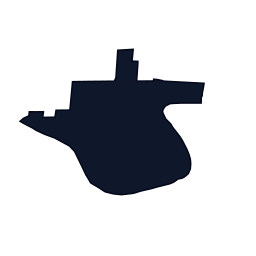 Grindu, Tulcea, Romania, rotated 148°
{"feature_id": "2599482B48217588549451", "entity_name": "Grindu", "entity_type": "district", "adm_level": 2, "iso_a3": "ROU", "parent_name": "Romania", "parent_adm1": "Tulcea", "projection": "robinson", "projection_center": [28.213, 45.412], "detail": "fine", "context": "isolated", "style": "filled", "palette": "ink", "viewbox_px": 256, "rotation_deg": 148, "n_neighbors": 0, "source": "geoboundaries", "source_scale": "gbopen_adm2", "svg_char_len": 2111}
<svg xmlns="http://www.w3.org/2000/svg" viewBox="0 0 256 256"><g transform="rotate(148 128 128)"><path d="M109.3,56.9L106.4,56.6L106.0,56.6L101.1,57.3L96.8,60.3L94.9,62.9L94.1,63.9L92.8,66.2L91.6,68.7L90.3,73.3L89.4,78.3L88.9,84.1L88.6,87.6L88.5,90.3L88.6,94.0L89.7,104.5L89.7,105.7L89.6,108.8L89.7,109.2L90.1,110.8L90.1,111.0L90.3,111.8L90.4,112.2L90.9,114.3L91.2,115.8L90.6,120.8L90.6,121.3L90.5,121.8L89.9,123.8L88.0,125.4L84.7,126.8L83.4,126.7L80.4,126.4L79.7,126.4L79.3,126.3L77.7,125.5L77.5,125.3L76.6,124.9L72.6,122.6L72.4,122.5L72.2,122.4L71.5,122.0L69.9,121.1L69.6,120.9L68.9,120.5L68.7,120.4L66.7,119.1L54.2,111.3L52.7,110.4L51.2,112.7L49.6,115.2L49.4,115.2L49.3,115.3L49.2,115.3L48.7,115.6L48.4,115.8L48.2,116.0L47.9,116.2L47.6,116.5L47.4,116.8L47.2,117.1L47.0,117.4L46.7,117.9L46.5,118.2L46.2,118.5L46.0,118.8L45.7,119.2L45.5,119.4L45.3,119.5L45.1,119.7L44.5,120.3L43.9,121.0L43.3,121.7L42.7,122.3L42.1,123.0L41.5,123.6L40.9,124.3L40.3,125.0L39.8,125.6L43.5,128.2L73.6,149.3L73.8,149.6L73.6,149.9L77.5,153.6L80.3,155.8L81.5,154.4L91.3,160.4L95.7,163.1L95.8,163.2L90.6,170.4L85.3,177.7L84.3,179.3L85.6,180.2L89.2,182.5L87.0,185.3L81.9,192.0L84.5,193.4L84.9,193.6L95.5,199.4L97.9,196.0L107.0,183.4L111.4,177.3L113.1,176.1L114.8,174.9L116.8,176.2L126.0,181.8L135.3,187.5L150.5,196.7L162.5,180.9L167.8,174.0L179.6,181.2L184.2,175.9L194.7,182.2L191.1,186.5L191.9,187.1L198.1,190.9L203.1,194.1L205.6,190.9L211.5,191.6L214.7,191.1L216.0,190.9L213.9,186.9L213.7,186.8L213.6,186.4L212.8,185.1L211.8,183.3L211.6,183.0L209.1,178.9L207.8,176.1L207.6,175.7L207.4,175.3L207.1,174.6L202.0,166.8L200.6,165.0L195.6,158.6L190.1,148.9L189.9,148.6L187.2,143.8L185.7,136.4L187.1,123.1L187.1,122.8L187.2,122.4L187.2,121.7L188.6,110.2L188.5,109.6L188.6,104.5L188.7,101.7L188.5,100.8L184.5,93.1L181.6,86.8L181.0,85.8L180.7,85.5L175.5,80.1L168.9,74.9L158.8,70.1L155.5,69.0L154.7,68.8L153.9,68.7L151.2,67.9L148.6,67.1L140.0,64.1L135.3,62.8L132.4,61.9L129.8,61.0L128.8,60.7L122.3,58.6L119.6,58.1L116.9,57.9L115.9,58.0L112.6,58.2L111.4,57.8L110.3,57.4L109.3,56.9Z" fill="#0f172a" stroke="#020617" stroke-width="1.5"/></g></svg>